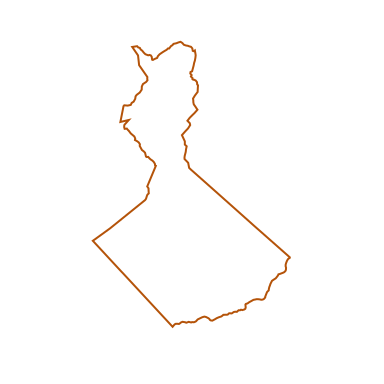 the district of Kundiawa/Gembogl District, Chimbu, Papua New Guinea, rotated 117°
{"feature_id": "67681753B57459737703573", "entity_name": "Kundiawa/Gembogl District", "entity_type": "district", "adm_level": 2, "iso_a3": "PNG", "parent_name": "Papua New Guinea", "parent_adm1": "Chimbu", "projection": "mercator", "projection_center": [145.0, -5.921], "detail": "fine", "context": "isolated", "style": "outline", "palette": "amber", "viewbox_px": 384, "rotation_deg": 117, "n_neighbors": 0, "source": "geoboundaries", "source_scale": "gbopen_adm2", "svg_char_len": 3181}
<svg xmlns="http://www.w3.org/2000/svg" viewBox="0 0 384 384"><g transform="rotate(117 192 192)"><path d="M280.5,258.2L294.8,219.3L295.7,216.7L320.9,148.1L318.3,147.5L317.0,146.9L316.0,145.1L315.5,143.7L314.3,143.0L313.4,142.7L312.0,141.6L311.4,139.8L311.1,138.7L311.1,137.8L310.2,136.9L309.2,136.0L308.6,133.5L307.9,132.9L307.2,131.2L306.1,130.2L305.3,129.7L303.0,129.1L298.9,126.0L297.4,124.4L297.0,122.7L297.0,120.2L297.2,119.0L297.8,118.0L297.9,117.0L297.4,115.5L295.0,113.8L293.2,112.7L291.5,111.3L289.5,109.3L288.2,108.7L287.2,108.3L286.3,106.7L285.5,105.1L284.8,104.4L283.4,104.0L282.8,103.2L282.4,101.9L281.9,101.3L280.1,100.4L279.3,99.5L278.9,98.8L278.4,97.6L276.2,96.8L275.6,95.5L274.7,95.0L274.5,94.4L274.4,93.6L273.0,92.1L271.9,91.5L270.6,91.7L269.8,92.2L268.0,93.3L267.3,93.2L266.0,91.9L264.2,91.0L262.6,89.9L260.2,88.3L259.2,87.0L258.2,85.8L257.5,84.4L256.9,82.8L256.6,81.4L255.7,80.1L254.5,79.3L252.7,78.9L252.2,79.2L249.4,79.5L247.2,79.7L246.3,79.5L244.9,79.0L243.2,79.6L241.4,80.0L240.1,80.1L238.1,80.4L234.8,80.4L232.6,79.2L230.9,78.2L228.5,77.7L227.1,77.5L226.1,77.6L225.0,76.4L222.7,74.3L221.5,73.4L219.9,72.9L218.7,73.0L216.8,73.8L215.6,74.9L214.1,75.6L212.5,75.9L210.7,76.1L209.3,76.1L207.9,75.9L206.3,75.0L205.8,75.2L193.8,121.8L181.3,169.4L172.6,202.9L171.8,205.5L167.7,208.7L166.0,213.6L164.8,214.3L163.1,214.9L159.1,215.8L156.7,216.7L153.7,217.5L153.0,219.9L150.1,221.4L145.9,226.8L140.9,225.5L137.2,224.4L133.2,224.0L131.7,225.2L130.6,228.4L126.8,227.7L123.4,226.6L120.5,225.6L116.2,224.5L115.5,225.8L114.4,227.7L113.1,230.2L111.5,231.5L109.7,232.5L108.3,233.5L104.7,233.2L100.3,232.4L97.0,233.9L94.2,235.1L93.8,236.2L91.9,237.4L91.0,239.3L91.0,241.0L91.4,241.9L91.2,242.9L90.3,243.2L89.6,245.4L88.0,245.4L87.2,247.3L85.8,247.8L84.4,246.7L82.1,247.2L78.8,247.9L76.0,248.7L73.6,249.1L70.9,249.9L68.5,250.8L67.1,251.8L64.6,253.7L65.7,254.2L65.9,255.4L63.9,256.9L63.1,258.8L63.5,260.7L63.6,262.0L64.2,263.9L64.5,266.1L63.6,268.3L63.4,270.4L64.9,272.0L66.5,273.4L68.4,275.7L70.1,276.1L71.6,277.0L74.5,277.5L74.9,278.5L76.9,279.2L78.4,280.2L80.7,281.6L84.0,283.4L86.6,284.1L88.3,283.9L90.7,285.9L92.1,286.8L92.2,287.6L89.8,289.3L89.0,290.7L89.2,292.1L90.1,293.1L90.4,296.1L89.7,298.3L88.7,300.5L88.3,302.5L87.3,303.9L87.6,305.5L87.1,306.8L87.0,307.1L89.9,311.1L94.8,302.1L103.0,296.7L109.8,284.0L111.6,283.2L112.6,282.4L114.7,282.8L118.1,284.7L120.8,284.6L123.6,283.3L127.1,283.7L130.6,285.4L132.4,285.7L134.7,284.9L138.0,285.0L140.0,286.2L142.2,286.1L144.2,288.5L145.5,291.7L146.6,292.0L162.1,287.6L156.5,281.0L162.7,282.7L163.3,282.6L165.0,281.9L166.3,280.7L165.1,278.9L165.3,278.6L165.4,278.2L165.6,277.8L165.8,277.3L165.9,277.0L166.0,276.5L166.1,276.2L166.3,276.0L166.3,275.8L167.6,273.2L168.3,270.3L168.7,268.6L170.1,266.9L171.6,266.4L171.6,265.1L171.7,263.7L172.0,262.0L173.1,260.1L174.7,259.5L175.5,258.3L177.3,255.7L177.7,253.5L178.3,251.7L180.0,250.2L181.3,249.1L181.4,248.2L180.6,247.0L181.4,245.0L181.8,243.4L182.0,241.6L182.6,239.7L183.7,237.9L185.1,236.9L185.1,236.1L207.4,234.4L208.5,232.4L210.5,231.3L212.9,229.9L214.6,230.5L216.0,230.4L218.9,229.9L220.4,230.1L261.6,248.5L280.5,258.2Z" fill="none" stroke="#b45309" stroke-width="2"/></g></svg>